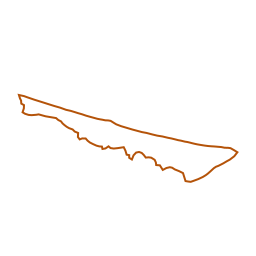 Barra dos Coqueiros, Sergipe, Brazil (Albers equal-area conic projection), rotated 245°
{"feature_id": "56859067B3534711848449", "entity_name": "Barra dos Coqueiros", "entity_type": "district", "adm_level": 2, "iso_a3": "BRA", "parent_name": "Brazil", "parent_adm1": "Sergipe", "projection": "albers", "projection_center": [-36.963, -10.848], "detail": "fine", "context": "isolated", "style": "outline", "palette": "amber", "viewbox_px": 256, "rotation_deg": 245, "n_neighbors": 0, "source": "geoboundaries", "source_scale": "gbopen_adm2", "svg_char_len": 1692}
<svg xmlns="http://www.w3.org/2000/svg" viewBox="0 0 256 256"><g transform="rotate(245 128 128)"><path d="M59.8,216.9L63.3,214.6L66.4,212.4L67.7,210.4L69.3,207.2L71.3,204.5L72.9,201.7L74.8,198.4L76.1,196.0L77.8,193.0L79.7,190.0L81.8,186.9L83.8,184.0L85.3,182.0L87.2,179.6L88.7,177.8L90.2,175.9L91.6,173.8L94.1,170.7L95.8,168.3L97.3,166.5L100.2,162.9L102.3,160.0L105.8,155.6L108.7,151.3L111.8,147.4L115.7,142.7L118.4,138.9L124.7,131.4L132.5,122.6L136.3,118.9L138.7,117.3L141.8,115.3L143.2,113.3L144.6,110.6L146.4,108.2L147.7,106.3L149.3,104.1L151.6,101.4L154.4,98.1L157.0,95.1L159.9,92.1L162.4,89.2L164.8,86.6L167.6,83.5L170.7,79.5L175.1,75.1L179.0,70.6L183.4,65.8L187.0,61.9L193.3,55.0L198.5,49.6L200.8,47.3L204.0,43.1L200.4,42.6L198.1,42.7L195.2,41.6L192.7,43.4L189.8,41.9L186.8,39.1L184.4,40.7L181.9,43.4L180.4,46.0L178.8,50.3L178.1,52.8L175.6,55.7L173.4,58.3L167.4,67.0L164.7,68.2L162.3,70.1L159.9,70.6L157.6,71.6L155.1,72.9L152.8,74.5L150.1,77.2L147.3,78.2L144.6,80.7L141.0,78.8L138.1,79.4L137.9,82.1L136.4,85.2L133.6,86.0L131.0,87.3L128.2,89.5L125.3,92.0L123.4,94.3L122.2,96.5L119.8,96.0L119.0,98.9L119.6,102.6L117.2,103.7L115.4,106.4L114.1,110.2L112.4,116.0L108.6,116.1L104.4,115.5L102.9,117.6L100.5,116.5L97.8,118.2L100.9,121.5L102.3,125.0L101.6,127.9L99.6,129.9L96.9,130.9L93.7,131.6L92.7,134.3L91.3,136.5L87.9,138.7L85.1,138.7L82.5,137.9L80.7,141.1L75.3,141.8L75.5,145.9L74.8,149.3L73.4,151.2L70.7,152.9L67.4,156.0L63.9,158.8L55.6,157.7L54.0,160.0L52.7,162.1L52.4,165.2L52.0,170.0L52.0,175.1L52.4,178.7L52.9,181.0L53.8,184.1L55.3,188.8L55.7,191.4L55.5,193.9L55.6,196.9L55.7,199.5L56.1,203.4L56.3,206.9L57.5,212.4L59.8,216.9Z" fill="none" stroke="#b45309" stroke-width="2"/></g></svg>